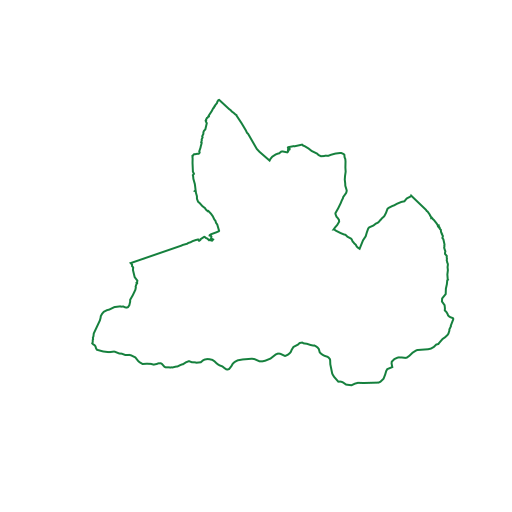 the district of Ohaba Lunga, Timis, Romania, rotated 161°
{"feature_id": "2599482B82981888181214", "entity_name": "Ohaba Lunga", "entity_type": "district", "adm_level": 2, "iso_a3": "ROU", "parent_name": "Romania", "parent_adm1": "Timis", "projection": "robinson", "projection_center": [21.992, 45.927], "detail": "fine", "context": "isolated", "style": "outline", "palette": "green", "viewbox_px": 512, "rotation_deg": 161, "n_neighbors": 0, "source": "geoboundaries", "source_scale": "gbopen_adm2", "svg_char_len": 6054}
<svg xmlns="http://www.w3.org/2000/svg" viewBox="0 0 512 512"><g transform="rotate(161 256 256)"><path d="M281.4,372.4L283.6,371.3L283.5,370.7L283.9,370.1L284.2,368.8L285.7,364.7L288.2,356.3L287.9,353.9L289.4,353.0L289.5,351.8L290.1,349.3L290.4,344.0L290.8,342.0L291.7,337.9L292.7,337.4L291.9,336.7L292.2,335.5L292.4,331.8L293.2,329.3L293.1,326.2L292.0,324.3L290.5,320.7L288.6,317.8L288.3,316.3L287.0,314.0L286.4,314.1L284.8,310.6L283.9,307.6L283.5,304.1L282.9,302.4L283.0,300.4L282.4,298.4L282.7,291.8L283.1,291.5L285.7,291.3L291.5,291.2L293.0,290.8L293.2,290.5L292.0,289.6L291.8,289.0L292.6,287.4L293.3,286.5L292.3,285.7L291.7,286.1L291.2,285.6L292.4,284.8L293.0,285.0L294.9,286.6L294.9,285.5L296.5,288.5L297.4,289.2L298.3,290.7L298.7,291.0L303.1,289.9L303.3,289.4L303.7,289.2L304.9,288.9L305.0,289.0L305.4,290.5L307.7,290.7L311.0,290.7L313.5,290.3L315.8,290.4L317.0,290.0L321.8,290.3L323.1,290.1L376.8,290.1L376.0,288.2L376.5,286.7L375.9,285.4L375.9,285.0L376.9,282.9L377.6,275.5L376.2,271.3L377.0,269.9L377.5,269.7L377.2,269.0L377.3,268.8L378.0,268.6L379.8,266.2L379.9,265.3L381.1,263.3L385.2,259.1L389.2,255.6L389.9,253.7L391.8,250.7L393.7,249.3L395.0,249.3L396.4,250.0L398.0,251.5L400.0,252.0L400.8,252.6L406.5,253.8L412.2,253.1L414.5,253.3L418.1,252.8L420.3,251.5L422.3,249.7L423.1,248.1L424.6,245.9L434.6,235.6L435.9,232.9L436.8,231.9L437.2,230.2L437.7,229.8L438.4,227.8L439.3,226.7L438.6,225.3L437.7,224.3L437.4,223.5L437.2,222.8L437.3,220.7L436.9,219.1L431.6,215.5L427.1,213.3L425.4,212.7L421.5,211.9L420.7,211.5L417.0,208.3L414.8,207.4L411.9,205.0L409.1,204.0L408.1,203.8L406.4,202.7L403.1,199.4L401.6,195.1L400.7,193.5L398.4,190.8L394.3,189.7L390.5,188.2L388.1,186.6L384.9,186.2L383.3,186.3L381.0,185.6L380.1,184.6L378.6,181.0L377.6,180.1L374.6,179.1L373.3,178.4L372.3,178.3L371.3,177.8L367.8,177.5L366.1,177.1L363.2,177.5L360.9,177.6L360.4,177.4L356.8,178.3L353.6,178.4L351.2,176.4L348.3,175.3L347.1,174.5L342.8,173.5L340.0,174.6L338.3,174.8L335.6,174.4L333.7,173.6L331.1,172.0L329.5,169.9L328.3,167.5L327.2,165.8L326.1,164.5L323.7,162.5L322.4,160.4L321.0,158.5L319.8,157.9L318.2,157.9L315.1,159.9L313.2,161.6L311.6,162.4L310.0,162.9L307.2,163.3L302.2,162.5L293.3,160.2L291.0,159.0L287.0,155.3L284.1,154.3L281.4,154.0L275.7,154.3L269.3,156.5L267.1,156.6L265.3,155.9L264.5,155.3L261.2,152.1L260.7,152.0L258.0,152.3L255.8,153.1L254.3,154.0L252.8,155.7L250.2,157.8L245.0,158.6L243.6,159.3L242.9,159.5L240.5,159.1L239.4,157.9L236.4,156.4L233.4,154.1L230.9,152.6L230.1,152.5L228.9,151.3L227.6,149.5L226.9,147.6L227.1,144.1L226.3,142.5L225.2,140.9L223.8,139.4L221.2,137.4L220.4,136.3L219.7,134.4L219.8,133.4L221.0,129.4L222.2,120.2L222.1,118.9L221.5,116.3L219.1,110.4L216.9,109.7L215.6,108.8L214.8,108.0L212.7,105.1L207.8,102.7L204.0,103.1L200.9,102.9L195.7,100.9L181.3,96.4L179.3,96.6L175.4,98.4L172.5,101.8L170.3,104.9L168.7,106.3L163.3,106.6L162.8,110.3L162.0,111.9L158.7,113.5L155.5,113.8L154.2,113.7L151.0,112.5L147.9,111.0L146.5,110.8L143.5,111.7L139.4,113.6L135.6,114.5L134.2,114.6L123.6,111.8L120.8,111.5L117.5,112.1L114.4,113.6L112.2,113.4L111.6,113.9L106.6,116.8L103.7,117.6L100.6,119.0L99.4,119.9L97.5,122.4L97.0,123.7L94.6,126.1L94.5,126.7L90.2,131.8L89.9,132.7L90.1,133.2L92.3,135.0L93.2,136.2L93.7,137.2L93.8,139.1L94.2,141.0L95.2,143.1L94.4,145.0L93.7,148.1L95.0,152.4L93.8,155.3L89.1,158.2L88.9,158.6L87.1,163.3L84.7,167.2L83.1,170.7L82.2,171.1L82.3,171.6L81.1,176.2L79.2,180.1L78.5,183.1L77.4,185.3L77.2,186.3L77.3,187.8L77.1,188.6L77.1,189.8L76.3,191.3L76.3,192.1L75.6,194.0L76.6,196.5L76.0,197.9L75.5,198.6L75.4,199.7L75.5,200.0L75.4,202.6L74.8,203.5L74.6,204.5L74.2,205.0L74.0,205.7L73.4,210.7L73.9,212.4L73.0,213.6L72.8,214.3L73.1,215.7L72.9,216.1L73.2,216.7L73.0,217.2L73.2,217.7L73.2,218.7L72.7,220.6L73.3,221.7L73.1,223.0L73.5,224.4L73.3,225.5L73.7,225.6L74.1,224.3L74.3,224.8L74.2,226.3L74.7,228.2L76.1,232.2L77.0,233.6L76.9,234.0L77.3,234.9L77.9,234.9L77.6,235.6L77.9,236.0L78.0,237.1L78.3,237.6L78.2,238.4L79.3,242.2L79.9,242.9L80.3,244.4L89.6,262.5L89.8,262.2L91.4,261.8L94.4,261.4L95.3,261.0L97.9,259.4L100.9,259.8L105.6,259.5L109.0,258.9L110.7,258.9L115.0,258.3L116.3,257.8L119.0,254.5L121.4,252.2L122.1,251.7L125.2,250.4L125.7,249.9L127.2,249.3L128.1,248.6L130.0,247.8L132.2,247.6L135.0,246.6L139.7,246.2L140.9,245.5L143.4,242.4L145.9,238.9L149.7,236.0L155.7,229.1L157.0,230.8L157.7,232.2L158.0,234.2L159.0,235.9L159.4,237.3L159.9,238.1L160.1,240.5L160.5,241.5L163.3,244.5L164.0,246.0L164.6,247.0L165.8,247.7L168.6,250.2L172.2,253.9L173.4,255.6L174.0,255.8L171.9,257.3L169.1,258.9L166.2,261.4L165.8,263.2L166.4,265.4L167.1,266.9L167.2,269.4L167.0,270.6L162.8,274.3L158.7,278.4L156.7,280.7L155.1,282.2L154.3,283.4L150.2,286.3L149.3,287.6L148.9,288.4L148.8,290.2L148.7,293.3L148.0,295.7L147.2,299.3L145.8,302.6L143.8,306.5L142.7,310.5L140.6,316.2L140.0,318.6L140.1,320.5L139.5,323.0L140.0,323.9L141.8,325.6L142.9,326.0L147.6,327.0L152.2,327.3L155.1,327.2L157.5,328.2L159.3,328.4L162.1,329.2L164.0,331.1L164.9,332.9L169.2,337.2L171.3,340.5L174.3,344.1L175.6,345.1L175.9,346.1L176.2,346.3L184.0,347.2L184.6,347.6L190.1,348.4L190.5,348.2L190.6,347.1L189.5,346.6L189.3,346.2L189.7,345.8L190.0,346.2L191.2,345.9L191.5,345.3L191.6,344.3L192.7,343.8L196.8,346.2L198.1,346.5L200.8,345.5L201.9,345.7L204.3,345.6L208.3,344.6L210.6,343.2L212.1,341.8L218.8,353.4L220.4,357.0L223.7,374.1L224.4,375.4L224.7,378.1L226.4,386.2L228.7,395.1L228.6,395.6L229.5,396.7L230.5,398.6L231.8,400.4L232.6,402.3L233.5,403.5L240.0,415.6L240.8,415.6L241.4,415.1L242.1,414.7L243.1,413.3L246.0,411.5L246.1,411.1L246.5,411.0L246.8,410.6L247.3,410.4L247.5,409.9L248.3,409.7L250.7,407.4L255.0,404.1L255.1,403.3L255.4,403.3L255.5,403.5L256.9,402.5L257.5,402.5L258.9,401.1L258.9,400.6L259.5,400.3L259.4,399.8L259.6,399.5L259.3,397.6L262.7,392.2L264.3,391.4L265.0,390.7L265.5,390.0L266.0,388.6L267.9,386.7L267.9,385.5L269.4,384.0L269.6,383.0L270.8,381.3L270.5,380.7L271.0,379.9L272.5,377.7L273.2,376.5L275.6,373.4L275.5,372.4L275.9,371.9L276.3,371.5L277.4,371.4L278.3,371.8L280.1,372.0L281.4,372.4Z" fill="none" stroke="#15803d" stroke-width="2"/></g></svg>